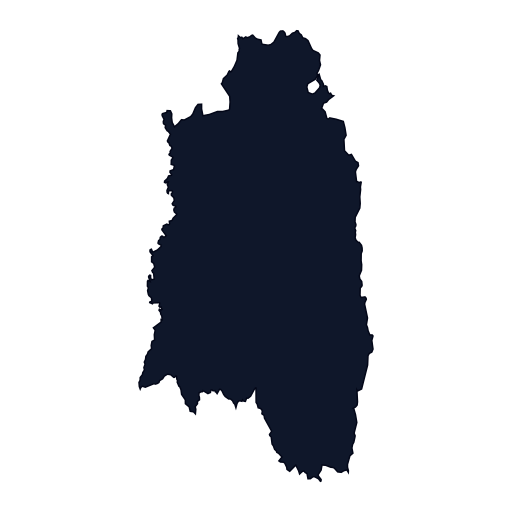 the district of Anjozorobe, Analamanga, Madagascar
{"feature_id": "10022922B1306198900476", "entity_name": "Anjozorobe", "entity_type": "district", "adm_level": 2, "iso_a3": "MDG", "parent_name": "Madagascar", "parent_adm1": "Analamanga", "projection": "equal_earth", "projection_center": [47.714, -18.198], "detail": "fine", "context": "isolated", "style": "filled", "palette": "ink", "viewbox_px": 512, "rotation_deg": 0, "n_neighbors": 0, "source": "geoboundaries", "source_scale": "gbopen_adm2", "svg_char_len": 6045}
<svg xmlns="http://www.w3.org/2000/svg" viewBox="0 0 512 512"><path d="M217.1,393.6L219.5,389.3L220.6,389.4L222.0,390.9L223.7,394.5L225.2,396.5L228.7,399.0L230.4,398.9L232.6,400.8L233.6,403.0L234.8,404.2L235.9,407.7L237.0,403.5L238.3,401.3L239.7,400.8L242.0,401.3L242.6,399.8L243.9,401.2L245.4,401.4L246.6,398.1L248.1,398.2L250.6,396.2L254.3,389.3L255.5,387.9L256.0,388.0L256.1,402.4L257.3,404.3L258.2,407.8L260.3,408.4L261.7,409.6L262.3,411.2L261.9,413.8L264.1,415.4L264.5,418.2L271.5,430.9L271.4,431.8L269.5,434.4L269.8,435.6L271.2,436.9L272.1,444.1L273.4,445.9L274.6,449.3L276.3,450.9L276.8,452.3L278.7,453.4L282.0,457.0L278.9,460.9L280.4,462.0L283.6,462.2L284.8,463.2L286.7,467.2L287.0,469.4L289.7,471.3L295.8,465.1L298.6,470.7L299.6,474.0L302.0,471.7L303.9,470.9L305.1,472.5L307.0,473.6L308.0,478.8L310.4,478.7L313.0,476.7L314.8,476.8L318.5,478.8L320.4,481.3L321.0,481.0L321.1,479.5L318.6,476.3L318.0,474.9L321.1,470.1L322.0,465.0L325.7,465.3L330.6,467.2L333.0,467.5L334.3,468.1L337.7,471.9L341.3,472.3L343.7,470.8L346.8,469.9L348.3,472.3L348.4,470.7L347.5,467.2L347.5,464.3L349.9,455.8L352.9,453.2L351.9,448.0L352.6,444.4L353.8,442.2L355.0,436.7L355.1,435.7L354.1,433.2L356.8,422.5L355.5,414.7L353.8,408.7L353.1,408.3L355.5,407.0L357.1,405.1L357.5,401.9L356.9,389.9L357.6,391.0L361.6,389.0L367.6,365.1L368.0,355.7L369.3,353.4L371.8,352.1L373.0,349.1L371.8,340.4L373.0,336.0L372.3,335.0L369.8,334.9L368.1,330.8L367.5,327.6L366.4,324.8L367.5,318.0L364.6,304.2L364.9,302.4L366.3,299.4L366.1,298.2L365.0,296.9L361.0,297.5L360.0,295.3L360.2,288.1L361.8,286.2L362.1,285.2L361.7,281.5L359.8,278.9L359.3,276.3L359.4,275.3L361.5,270.3L361.7,264.7L361.1,260.8L361.2,253.6L362.2,250.9L362.1,247.9L361.5,245.3L359.2,242.3L358.0,242.3L356.0,240.2L355.1,237.8L355.6,234.7L355.3,232.3L355.7,230.6L354.7,228.0L355.8,225.9L355.9,224.4L355.0,221.9L355.2,217.3L359.8,208.1L360.2,203.5L359.8,196.8L360.6,189.6L360.4,186.9L361.2,182.2L360.3,182.0L359.1,182.7L357.6,181.7L356.6,181.7L355.4,171.8L356.2,169.4L358.5,165.8L358.0,162.6L355.4,161.2L351.4,154.4L348.7,155.2L344.5,150.7L343.9,139.3L346.1,135.3L344.9,127.7L343.3,121.4L336.1,119.2L329.7,117.9L328.3,119.1L326.9,118.5L325.1,111.8L322.5,109.0L321.5,108.7L323.5,103.2L326.6,102.1L328.7,99.5L333.6,95.8L331.7,95.3L330.6,93.2L329.7,93.7L328.5,93.0L327.4,90.3L326.8,86.5L325.2,85.8L323.4,86.4L323.4,84.2L321.7,80.6L320.7,79.8L319.3,74.8L316.8,80.2L319.1,82.8L320.2,85.0L319.7,87.6L314.9,93.1L312.3,94.1L308.2,92.5L306.8,87.0L307.8,83.7L315.2,79.3L318.2,74.4L317.3,74.2L316.9,73.3L318.5,70.5L320.5,64.8L319.5,60.5L320.0,55.0L318.3,52.9L312.9,50.4L311.5,48.4L308.0,40.6L305.5,38.6L302.7,37.8L301.3,34.9L299.3,33.4L298.0,30.8L296.6,30.7L294.9,32.4L292.4,33.2L289.6,35.9L287.1,36.6L285.7,36.3L285.0,33.1L284.0,31.8L282.9,30.9L280.4,31.1L279.2,32.4L273.9,42.1L270.8,44.6L268.2,45.2L262.4,44.3L261.8,43.7L261.0,39.9L257.5,39.2L255.4,38.1L252.7,35.1L251.6,35.4L249.9,36.8L247.1,37.7L245.8,36.9L242.9,38.7L241.8,37.2L240.3,37.6L238.4,35.8L238.3,37.2L237.6,38.7L238.0,39.6L238.1,43.6L239.5,48.3L239.1,49.9L239.3,51.1L237.9,52.8L237.0,60.3L234.3,66.5L231.4,71.5L230.6,71.9L229.6,70.9L229.0,71.3L227.2,75.1L223.4,78.6L222.3,82.7L221.4,83.8L229.7,96.3L230.1,102.0L229.6,109.0L228.9,110.1L222.6,111.5L217.4,111.5L209.3,114.5L202.9,115.7L201.6,109.0L201.6,104.2L198.0,104.4L195.5,107.6L192.8,114.0L190.7,116.6L184.3,120.0L181.5,119.7L178.3,123.6L174.5,126.8L172.2,122.5L171.6,117.8L171.8,113.9L170.4,110.8L167.1,110.6L166.7,112.4L162.6,113.6L162.1,114.2L162.2,115.7L164.1,119.4L163.3,121.4L163.4,123.2L163.7,123.9L165.6,125.1L165.2,127.7L167.2,130.8L168.3,131.4L170.5,134.2L167.4,140.9L167.8,142.0L168.8,142.6L169.9,145.5L171.1,146.1L172.2,148.1L170.1,151.4L170.3,152.8L169.0,154.3L169.3,155.1L172.8,157.1L172.6,158.2L171.3,160.1L171.2,164.4L173.7,165.1L174.4,165.9L173.6,169.6L170.1,170.9L170.0,172.4L171.6,174.3L171.5,175.3L168.6,175.9L167.4,178.5L164.6,181.1L164.5,182.4L166.0,183.0L167.7,181.7L168.5,181.8L167.3,184.7L168.4,187.1L167.0,190.4L167.1,192.2L167.7,193.3L168.4,193.6L168.5,191.5L169.2,190.7L171.9,190.7L172.5,191.5L172.4,192.6L171.3,193.9L171.4,195.3L173.8,197.6L174.3,200.5L172.2,203.8L173.0,205.2L175.8,206.3L175.7,207.3L174.2,208.2L173.8,210.0L174.4,212.0L176.7,214.0L176.7,214.6L173.2,218.1L172.0,220.5L169.3,221.2L169.6,223.5L169.2,224.6L168.3,224.8L166.8,224.1L163.3,225.8L163.1,228.0L162.0,228.9L161.9,229.8L166.2,235.7L163.9,237.5L162.6,236.2L161.6,236.1L160.3,237.3L160.0,239.5L158.6,240.6L158.0,243.1L158.5,243.8L161.0,245.0L161.2,246.4L157.4,250.0L153.2,252.0L152.5,251.8L151.4,249.2L150.2,249.7L149.9,251.0L150.2,252.1L153.0,255.6L151.6,256.8L151.6,261.8L153.7,263.4L154.6,266.6L154.4,267.6L151.9,270.6L152.7,272.5L153.6,273.1L154.2,279.2L151.7,279.7L151.1,279.2L150.6,277.6L150.6,275.4L149.8,275.1L148.7,276.2L148.6,277.0L150.1,281.5L148.0,280.5L147.5,281.2L147.4,286.2L148.4,287.8L147.6,290.6L148.3,294.2L149.0,295.7L151.4,297.7L151.8,300.6L151.5,301.3L149.8,302.0L149.7,302.6L152.5,303.8L153.1,302.9L159.5,302.7L159.7,303.8L159.0,306.1L159.9,307.2L161.0,306.8L162.0,309.4L161.1,310.0L159.4,309.2L159.0,310.2L160.6,312.4L160.7,314.0L161.8,315.9L162.2,319.8L161.1,319.5L161.2,322.0L153.4,327.8L155.2,330.3L154.3,334.7L154.6,340.0L152.0,341.4L151.2,345.5L151.6,348.7L148.2,351.8L147.4,354.3L145.9,356.3L145.5,359.5L144.3,362.1L145.1,364.2L143.9,367.5L144.4,370.0L142.8,372.6L142.4,374.7L140.2,377.5L140.1,380.3L139.0,382.4L139.3,386.5L140.2,389.0L140.8,387.5L142.3,386.2L145.3,387.2L153.9,383.7L155.5,384.1L157.5,383.4L158.9,382.5L159.6,380.6L162.6,378.8L164.3,376.1L167.4,374.2L170.7,374.7L173.8,377.4L174.5,377.3L175.9,375.7L176.4,375.9L176.9,379.4L177.6,380.7L177.2,382.1L178.9,386.2L179.8,386.8L181.0,389.7L181.6,394.4L185.3,399.8L185.4,403.7L189.2,406.9L190.2,411.3L193.5,411.8L195.4,413.8L195.8,409.3L195.2,406.7L197.5,403.7L197.4,401.5L199.5,399.8L199.4,397.3L198.8,395.4L199.0,393.0L200.7,391.9L202.5,391.7L203.0,390.6L207.9,393.6L210.4,392.5L210.9,390.2L211.8,389.8L213.0,390.8L215.0,390.6L215.4,391.9L216.0,392.0L217.1,393.6Z" fill="#0f172a" stroke="#020617" stroke-width="1.5"/></svg>